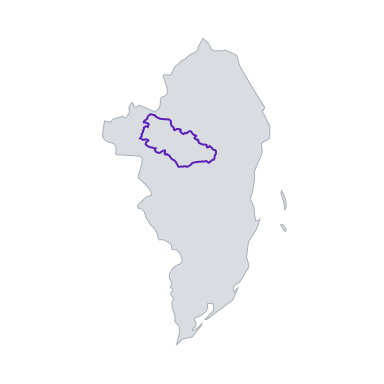 Francisco Morazán on a map of Honduras (Robinson projection), rotated 101°
{"feature_id": "HND-639", "entity_name": "Francisco Morazán", "entity_type": "Department", "adm_level": 1, "iso_a3": "HND", "parent_name": "Honduras", "parent_adm1": "", "projection": "robinson", "projection_center": [-87.226, 14.346], "detail": "fine", "context": "in_parent", "style": "outline", "palette": "violet", "viewbox_px": 384, "rotation_deg": 101, "n_neighbors": 0, "source": "natural_earth", "source_scale": "10m", "svg_char_len": 5809}
<svg xmlns="http://www.w3.org/2000/svg" viewBox="0 0 384 384"><g transform="rotate(101 192 192)"><path d="M344.8,178.1L332.1,177.3L326.1,179.0L323.5,182.9L321.3,184.7L319.4,184.3L315.6,185.8L309.9,189.3L304.7,190.6L300.1,189.8L298.8,190.6L298.4,191.8L297.7,192.9L295.9,193.5L293.9,193.2L291.6,191.9L290.3,192.5L290.2,194.7L289.0,195.3L286.6,194.3L284.0,195.1L281.0,197.8L276.9,198.4L271.5,196.8L267.4,193.9L264.5,189.5L261.0,188.4L254.8,191.7L252.3,195.4L251.7,197.7L252.3,199.8L251.2,201.2L248.3,201.9L246.2,204.5L244.7,208.9L244.4,212.3L245.3,214.7L243.9,216.5L240.2,217.6L235.7,221.4L230.7,227.9L225.6,232.4L220.6,235.0L218.2,237.9L218.3,241.0L218.0,242.0L217.1,242.4L215.4,242.8L205.7,236.0L202.9,231.2L200.5,231.9L197.4,234.3L193.2,239.7L188.6,247.0L186.3,247.8L174.8,246.7L168.7,247.3L167.5,248.3L166.9,251.0L167.3,254.6L169.0,267.4L169.9,272.7L169.0,274.3L165.9,274.6L161.9,275.3L159.7,277.7L159.1,280.2L158.9,283.7L157.7,287.3L155.2,289.9L152.7,290.8L139.0,291.5L139.2,285.6L135.3,283.2L133.0,278.2L131.0,274.9L131.7,272.8L131.5,270.5L125.9,268.6L120.7,270.1L117.7,269.1L115.5,267.9L119.3,264.9L119.5,263.1L118.3,261.8L117.1,261.0L117.4,257.7L118.2,253.7L120.4,244.6L119.6,243.0L116.1,240.2L111.6,239.9L106.8,240.8L104.4,239.4L102.4,236.3L98.9,234.7L92.7,237.3L86.2,241.0L84.2,242.4L82.5,242.2L81.8,239.4L81.5,236.0L81.1,235.2L77.6,234.0L73.5,233.2L71.5,232.2L69.5,230.0L64.6,227.0L63.5,224.8L57.1,219.8L55.7,217.3L54.3,215.5L51.1,213.2L48.7,213.7L40.5,210.9L39.2,210.6L40.4,208.1L43.0,204.2L48.6,199.9L49.1,196.4L47.7,189.6L46.2,185.3L47.0,183.3L48.8,175.5L50.1,173.7L58.3,169.7L59.1,169.2L65.5,163.6L72.7,157.4L80.2,150.6L88.5,143.1L93.1,138.6L95.2,136.7L100.0,138.3L103.7,134.7L105.9,133.5L111.0,129.2L112.6,128.2L121.1,126.5L125.2,126.5L128.8,130.9L131.6,133.2L137.0,131.2L141.5,130.8L160.2,134.8L167.5,133.0L181.1,132.6L187.2,133.6L195.8,127.9L201.4,126.7L207.9,124.1L207.0,121.3L205.4,120.1L215.4,121.3L230.1,127.1L245.9,126.0L251.5,122.9L255.2,122.0L271.3,128.0L275.6,132.6L278.9,133.0L281.5,132.0L282.2,131.0L279.0,130.0L277.5,128.6L290.2,131.4L314.2,153.1L314.7,154.9L304.5,148.5L299.1,149.0L297.7,150.0L298.0,153.5L298.5,155.2L300.8,155.4L302.6,154.4L306.8,155.6L309.6,157.9L313.0,161.5L315.0,165.3L317.2,165.4L319.4,163.1L323.4,162.8L326.1,165.4L328.0,165.2L325.3,161.2L319.1,157.2L320.6,157.0L334.3,164.2L338.2,173.3L341.4,175.4L344.8,178.1ZM184.1,100.1L176.2,104.5L173.7,104.4L177.3,101.1L183.2,98.1L188.1,96.7L192.1,97.3L184.1,100.1ZM211.0,95.5L207.3,98.7L206.6,97.2L208.4,94.2L210.7,92.5L212.9,92.7L212.3,94.0L211.0,95.5Z" fill="#d9dde1" stroke="#a8b0b8" stroke-width="1"/><path d="M139.9,196.5L140.1,196.4L140.2,196.0L140.2,195.8L140.3,195.7L140.5,195.7L140.8,195.6L141.2,195.2L141.4,195.1L141.6,195.1L141.8,195.0L142.0,194.9L142.4,194.6L142.5,194.4L142.5,194.0L143.0,192.5L143.3,191.1L143.1,189.2L142.9,188.4L142.9,187.5L143.1,186.9L143.2,186.6L143.4,186.5L143.5,186.4L144.5,186.3L145.3,185.6L144.9,184.8L144.8,184.4L144.5,184.1L144.4,183.9L143.5,183.5L144.4,182.0L144.8,181.2L145.3,180.4L146.2,179.5L146.4,179.2L146.5,178.8L146.5,177.7L146.5,177.1L147.4,176.3L149.7,175.9L150.2,176.0L150.8,176.1L151.2,176.3L151.9,176.6L154.6,176.4L156.2,176.8L156.3,177.5L156.5,177.8L157.0,178.5L157.5,179.0L158.6,179.7L159.2,180.4L159.9,180.8L160.1,181.0L159.8,181.5L159.4,183.1L158.9,183.5L159.2,184.7L159.4,185.1L159.7,185.7L159.9,186.3L160.0,187.8L160.2,188.4L160.6,189.0L161.0,191.1L162.5,195.3L163.1,196.5L163.7,197.4L164.2,197.7L165.1,198.0L165.6,198.5L167.3,200.3L168.2,201.6L168.2,202.6L168.0,203.6L168.0,204.0L168.2,204.6L168.7,205.5L168.9,205.9L168.9,206.7L169.1,207.5L169.7,209.4L169.7,210.2L166.0,213.3L164.4,215.0L164.0,216.9L163.1,218.7L160.7,221.1L160.1,222.8L159.6,223.7L159.5,224.0L159.9,224.3L160.2,224.5L160.4,224.8L160.4,225.0L159.9,226.1L158.9,226.3L158.1,226.1L157.4,226.1L156.4,226.6L156.7,227.6L158.0,229.5L159.3,230.6L159.7,230.9L159.8,231.2L159.9,231.8L159.8,234.1L159.2,235.2L158.7,235.9L157.9,236.4L156.1,236.0L156.3,236.8L156.4,237.3L156.4,237.7L156.1,238.3L156.0,239.0L156.1,240.1L155.9,242.7L154.9,245.3L154.1,246.5L153.9,246.7L153.1,246.7L151.9,246.4L151.5,246.2L150.4,245.1L149.6,244.7L149.3,245.2L149.2,245.4L149.1,245.8L149.1,246.6L149.1,247.4L149.3,248.0L149.6,248.4L150.1,249.6L150.1,250.5L149.7,251.1L149.4,252.0L149.2,252.9L149.2,253.2L146.6,252.0L145.1,252.5L142.6,251.6L140.9,251.8L140.5,251.6L139.9,251.2L137.9,251.5L137.2,250.8L136.3,249.7L136.2,249.0L136.5,248.1L136.6,247.8L136.4,247.8L136.1,247.8L135.8,247.8L135.3,247.7L134.7,247.5L133.8,247.5L133.2,247.7L133.1,248.4L132.9,249.8L132.7,251.0L132.7,251.8L132.9,252.6L132.5,252.8L132.0,252.7L130.7,251.8L129.0,250.3L128.8,250.1L128.6,249.9L128.4,249.9L127.5,250.0L126.0,249.6L124.0,248.1L123.6,247.5L123.7,245.0L123.7,243.4L125.1,241.4L125.5,240.1L125.6,239.9L125.7,239.5L126.1,237.5L126.2,236.4L125.3,229.0L125.3,227.9L126.4,226.5L126.8,226.1L127.1,226.0L127.4,226.0L128.9,225.8L130.4,225.0L130.9,224.6L131.3,224.2L131.3,223.9L131.8,222.7L132.8,222.0L134.1,221.7L134.4,221.5L134.6,221.1L134.6,220.8L134.6,220.6L134.4,220.2L134.2,220.0L133.9,219.9L133.7,219.7L133.4,219.4L133.1,219.1L133.0,218.7L132.8,218.1L132.8,215.9L132.8,215.3L133.0,215.0L133.2,214.9L133.4,214.9L133.7,214.9L134.3,215.3L134.7,215.1L134.9,214.9L136.2,213.0L136.8,211.8L136.6,211.4L135.4,210.3L135.3,210.2L135.4,209.8L135.5,209.6L135.6,209.1L135.5,208.8L135.3,208.6L134.2,207.5L133.4,206.9L133.1,206.5L132.9,205.9L132.8,205.5L132.7,204.6L135.2,201.9L135.6,200.8L135.6,200.6L135.7,200.2L135.7,199.9L135.7,199.1L135.8,198.9L136.0,198.7L136.1,198.8L136.4,198.9L136.6,199.0L136.8,199.1L137.0,199.1L137.3,199.1L137.5,199.2L137.6,199.5L137.8,199.7L138.0,199.7L138.2,199.8L138.8,199.8L139.5,198.4L139.7,197.6L139.7,197.3L139.6,197.0L139.6,196.5L139.6,196.3L139.8,196.4L139.9,196.5Z" fill="none" stroke="#5b21b6" stroke-width="2"/></g></svg>